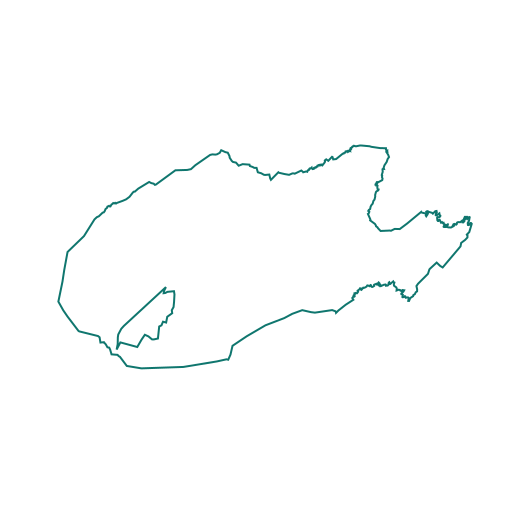 outline of Durbes pag., Durbes, Latvia, rotated 315°
{"feature_id": "27541924B87236777482694", "entity_name": "Durbes pag.", "entity_type": "district", "adm_level": 2, "iso_a3": "LVA", "parent_name": "Latvia", "parent_adm1": "Durbes", "projection": "equal_earth", "projection_center": [21.473, 56.574], "detail": "fine", "context": "isolated", "style": "outline", "palette": "teal", "viewbox_px": 512, "rotation_deg": 315, "n_neighbors": 0, "source": "geoboundaries", "source_scale": "gbopen_adm2", "svg_char_len": 6142}
<svg xmlns="http://www.w3.org/2000/svg" viewBox="0 0 512 512"><g transform="rotate(315 256 256)"><path d="M414.8,260.4L413.9,258.7L409.0,252.8L407.7,251.4L404.2,249.1L403.2,247.3L402.7,247.4L402.1,246.9L401.3,246.8L401.0,247.1L399.2,246.6L398.5,247.2L398.7,247.7L398.2,247.8L397.7,247.3L397.3,247.7L396.6,247.5L396.5,248.0L396.1,247.4L395.4,247.6L395.4,246.8L394.3,246.9L394.5,246.2L393.3,245.4L392.2,246.0L391.2,245.4L390.4,245.6L389.8,245.0L381.2,244.1L378.9,242.3L380.1,240.1L379.9,239.6L374.4,239.8L374.0,237.3L372.3,237.1L371.9,237.3L371.6,238.0L370.8,238.4L367.4,238.8L367.6,238.2L367.0,237.6L366.4,238.0L366.0,237.8L365.9,237.3L365.0,237.1L364.8,236.5L365.1,236.3L364.3,235.8L363.5,236.0L363.2,235.7L362.8,236.2L361.3,235.5L361.1,235.9L360.7,235.8L360.1,235.1L359.5,235.3L359.2,234.8L358.4,235.2L357.7,234.7L357.9,234.4L357.3,233.5L357.8,232.8L356.4,232.7L356.0,232.1L355.4,232.0L354.4,232.6L353.3,232.1L351.8,232.7L351.3,231.7L348.6,230.2L348.7,229.9L348.5,227.6L341.6,225.2L341.3,224.5L340.1,223.3L336.8,222.0L334.1,218.2L331.0,213.2L331.0,212.6L320.4,212.7L320.9,211.2L323.0,207.8L319.7,205.1L319.0,204.1L318.2,201.2L316.5,198.1L318.7,194.1L317.1,192.5L316.6,190.7L315.3,188.0L316.0,186.8L311.5,181.6L307.6,179.9L307.9,175.8L306.2,173.2L306.1,171.6L306.9,167.9L307.9,166.6L309.1,163.0L307.8,160.9L306.2,156.6L303.3,157.4L300.3,156.5L299.0,155.6L297.0,153.3L295.1,152.1L277.3,148.9L271.4,148.6L268.2,146.5L259.6,138.4L235.7,134.7L234.8,134.2L234.8,132.5L233.5,130.4L232.8,128.1L220.4,125.1L215.8,124.8L215.3,124.2L214.1,124.0L208.4,124.7L204.2,124.1L200.7,122.7L194.9,120.0L194.1,119.9L194.0,118.8L192.8,118.5L192.5,117.6L190.8,117.6L190.2,117.4L188.1,118.0L187.4,117.2L187.5,116.6L185.8,116.0L184.7,116.6L182.8,116.4L180.7,117.3L179.2,117.5L178.2,116.9L173.0,116.8L170.9,116.0L167.7,115.9L148.4,120.3L125.6,119.9L110.5,130.3L101.0,137.3L84.0,148.5L81.3,158.1L79.9,165.6L77.5,183.4L77.7,184.3L87.7,200.9L87.9,202.9L84.8,207.2L87.5,209.4L87.2,210.0L87.4,210.6L87.3,212.3L86.4,215.5L87.4,217.0L86.7,219.0L84.3,223.4L88.2,228.0L88.1,229.7L88.5,231.1L86.9,242.4L95.5,254.4L126.2,283.1L153.8,302.9L162.1,308.2L163.0,309.7L168.2,307.7L175.9,302.9L192.7,306.2L213.7,311.7L232.1,319.9L240.7,322.5L250.4,327.0L255.2,334.6L257.6,337.7L271.6,348.1L273.1,351.3L273.1,351.7L272.4,352.8L275.8,352.8L285.0,353.9L293.9,355.8L294.4,353.8L296.0,353.6L296.8,354.3L297.3,354.2L297.3,353.8L296.6,353.2L297.4,352.8L298.6,353.1L299.2,352.0L300.4,352.6L300.7,353.4L301.1,353.8L302.9,353.5L303.3,353.1L303.0,352.7L303.2,352.4L305.8,352.7L306.7,352.4L307.2,353.1L306.3,353.6L306.6,354.5L309.4,354.2L309.6,354.4L309.6,354.8L311.2,355.5L312.6,355.8L313.8,355.5L314.2,355.8L315.0,357.7L316.4,357.5L316.6,358.0L316.1,358.6L316.0,359.4L316.2,360.0L316.7,360.3L318.4,360.7L319.0,359.9L319.4,359.9L321.5,360.8L321.4,361.7L324.0,361.4L324.0,362.4L323.1,363.2L322.2,363.1L322.1,363.9L322.3,364.1L323.6,364.3L323.5,364.8L322.6,364.7L322.4,365.1L323.0,365.6L326.0,366.7L327.5,367.8L327.5,368.2L326.9,368.9L328.2,370.0L329.9,370.0L329.7,369.6L331.1,368.7L331.7,368.8L330.9,370.5L331.1,370.7L335.0,371.0L334.7,371.7L335.1,372.6L333.3,373.6L332.6,374.6L333.0,377.4L332.6,378.5L331.0,379.8L333.0,380.7L333.8,381.9L333.6,382.6L334.0,383.4L335.5,383.6L336.5,385.0L335.1,385.4L332.2,385.3L331.8,385.8L332.3,386.5L332.4,387.3L330.5,388.5L330.5,388.8L331.5,389.6L332.9,389.7L333.0,390.2L332.4,391.4L334.2,392.7L334.2,393.8L331.9,395.4L332.4,396.0L335.4,394.8L338.7,395.5L339.7,394.9L341.3,395.3L343.3,394.6L344.9,394.9L346.4,393.5L348.2,390.7L351.0,390.2L365.0,390.2L369.1,388.1L369.8,388.0L379.1,388.4L379.2,393.2L379.9,396.1L407.4,393.8L410.4,391.8L415.2,392.5L418.6,392.4L420.2,390.9L420.0,390.5L420.2,389.9L423.7,389.9L431.3,385.8L431.4,384.8L431.1,384.4L429.9,384.1L429.0,384.8L428.1,384.4L427.8,383.9L429.0,382.4L431.4,381.8L434.5,379.7L434.4,379.3L433.8,379.0L431.5,379.2L431.6,378.6L432.8,377.5L431.3,376.0L429.5,376.7L430.7,378.0L428.1,377.6L427.9,377.8L428.3,378.5L428.1,378.7L426.3,378.8L425.8,378.2L427.1,377.1L427.0,376.8L424.3,376.5L422.9,375.0L422.1,374.6L421.4,374.7L420.6,375.4L419.8,375.4L419.2,373.8L418.2,373.2L416.9,373.6L417.7,374.1L417.9,374.4L417.7,374.6L416.8,374.6L414.0,373.7L412.2,371.7L411.6,370.5L412.1,370.0L413.8,369.6L414.0,369.2L412.0,368.7L411.2,369.7L410.8,369.8L409.5,368.5L409.3,368.1L409.5,367.8L411.8,367.2L411.5,366.3L412.0,365.4L411.6,365.3L411.8,364.8L411.3,364.4L411.5,363.6L410.4,363.3L411.5,360.2L411.2,359.9L409.7,360.2L409.4,359.9L409.5,359.0L411.1,357.0L411.9,356.9L413.0,358.1L414.2,358.3L414.9,357.8L414.8,356.9L415.8,355.5L412.6,355.0L412.1,354.7L412.0,354.1L413.6,353.1L414.7,353.0L415.5,351.8L414.5,351.1L411.0,351.1L411.0,349.9L409.5,347.2L409.1,345.7L408.2,345.1L407.7,345.1L407.7,346.3L408.5,346.6L408.4,347.1L406.7,347.9L404.5,348.3L404.7,347.4L405.9,346.6L405.9,345.8L403.6,341.9L403.8,341.6L385.8,339.9L376.7,338.6L373.2,334.9L369.3,333.6L368.6,332.6L361.8,326.4L361.9,322.6L362.2,321.6L361.9,319.9L362.4,319.1L362.8,317.4L361.9,311.5L362.7,311.1L364.9,305.4L365.9,305.5L367.4,304.9L367.5,304.2L367.3,303.5L368.4,303.2L369.9,303.5L372.0,302.1L373.8,301.6L375.5,301.5L377.9,300.1L379.7,299.9L382.3,298.3L383.4,297.1L386.0,295.6L387.0,295.5L388.7,296.0L389.6,295.8L389.7,295.7L389.3,295.3L389.3,294.6L390.7,292.8L391.7,292.2L391.7,291.4L391.1,291.0L391.5,290.7L391.3,290.4L392.3,290.4L392.0,289.8L392.9,289.8L393.0,289.4L393.3,289.3L393.4,289.8L394.1,289.6L394.3,290.0L395.6,290.6L398.9,291.6L400.2,290.8L400.9,289.2L402.0,288.5L402.1,287.7L405.1,286.1L406.8,284.1L407.6,284.2L408.1,284.9L408.6,283.9L410.9,282.7L414.9,281.9L417.7,280.5L420.0,280.1L421.1,277.7L421.4,276.1L422.2,275.7L421.8,275.0L422.8,274.6L422.5,274.1L423.2,273.9L422.9,273.6L423.2,272.5L424.1,271.7L420.0,267.4L414.8,260.4ZM99.0,221.2L91.3,223.6L95.9,220.5L100.8,215.8L103.1,214.1L109.3,212.2L113.2,212.0L170.3,214.3L166.5,215.6L164.4,217.0L165.7,218.0L168.0,218.7L173.1,222.9L171.2,225.5L165.5,230.6L161.6,233.8L158.1,234.8L156.3,237.2L150.3,236.2L145.4,239.5L143.8,236.7L140.1,238.2L137.7,237.4L128.3,245.0L124.7,242.7L123.5,241.4L123.1,236.8L121.7,233.1L116.0,234.2L107.7,236.4L99.0,221.2Z" fill="none" stroke="#0f766e" stroke-width="2"/></g></svg>